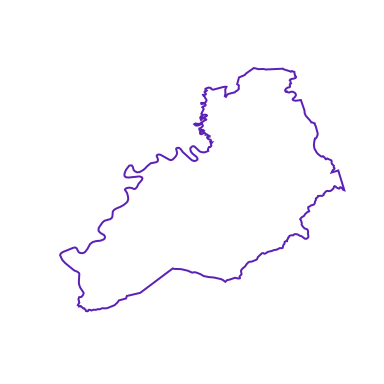 the district of Daule, Guayas, Ecuador, rotated 71°
{"feature_id": "8360857B15995512724159", "entity_name": "Daule", "entity_type": "district", "adm_level": 2, "iso_a3": "ECU", "parent_name": "Ecuador", "parent_adm1": "Guayas", "projection": "natural_earth1", "projection_center": [-79.945, -1.92], "detail": "fine", "context": "isolated", "style": "outline", "palette": "violet", "viewbox_px": 384, "rotation_deg": 71, "n_neighbors": 0, "source": "geoboundaries", "source_scale": "gbopen_adm2", "svg_char_len": 6011}
<svg xmlns="http://www.w3.org/2000/svg" viewBox="0 0 384 384"><g transform="rotate(71 192 192)"><path d="M239.9,47.4L219.3,46.7L219.0,53.6L217.0,51.5L216.6,50.1L216.0,49.5L214.7,49.9L213.3,49.3L211.2,50.5L209.8,50.5L208.4,49.9L207.4,50.0L204.3,53.3L204.7,54.3L204.5,54.9L202.4,55.5L200.8,56.5L201.0,57.4L200.3,58.4L197.5,60.3L195.5,61.2L190.7,62.1L187.4,61.5L183.4,59.6L182.6,58.9L182.1,58.9L181.5,58.4L181.6,57.4L180.9,56.4L178.8,54.6L177.6,54.1L169.8,53.6L168.3,53.9L167.1,53.6L165.2,55.9L165.1,56.5L162.6,57.2L156.9,59.6L154.1,59.8L151.5,59.1L140.5,59.1L139.5,64.2L138.3,66.3L137.3,66.7L136.7,66.3L135.8,63.9L134.6,62.4L133.3,62.0L132.0,62.3L130.0,64.0L129.5,65.7L129.5,68.1L128.7,69.1L127.8,69.5L128.1,70.4L127.2,70.9L126.2,70.9L125.2,69.9L124.4,67.8L124.7,65.6L124.4,65.1L122.4,64.6L122.3,64.2L121.6,63.9L121.5,63.0L120.2,63.1L119.0,62.8L118.2,63.2L117.7,62.7L117.5,60.8L118.0,58.9L117.8,58.1L117.9,57.1L117.3,56.2L116.7,56.1L115.7,56.9L114.9,56.5L114.1,56.6L111.7,56.1L111.1,57.2L110.2,58.0L110.5,59.4L110.0,59.7L105.7,65.6L105.0,65.9L100.2,82.3L98.9,84.5L97.5,89.1L94.9,93.2L97.5,102.2L98.6,104.2L99.0,110.3L104.8,114.2L106.5,113.0L108.9,114.0L109.7,114.1L110.7,115.9L111.2,118.3L111.7,118.9L111.1,125.8L111.5,127.0L113.1,129.0L112.1,129.8L109.7,128.3L105.9,127.2L103.8,125.2L103.2,126.5L102.8,129.4L102.2,138.2L101.8,139.3L100.9,140.1L99.6,140.5L99.1,141.8L98.7,142.1L98.6,144.5L98.9,145.8L99.8,145.9L100.9,145.0L101.1,145.2L101.1,147.2L101.5,147.6L103.8,146.9L104.3,147.5L104.3,148.1L103.8,149.9L104.8,149.8L106.1,149.0L107.7,148.9L108.9,148.4L110.1,148.4L111.3,149.5L111.9,151.0L110.9,153.8L110.9,154.4L111.9,154.4L112.3,152.0L112.9,150.9L114.0,150.7L114.6,151.1L114.9,154.4L115.3,154.7L116.5,154.0L117.5,154.0L121.1,157.7L121.8,157.5L122.8,156.3L123.0,154.7L123.9,153.1L124.6,153.0L125.0,153.6L125.4,156.3L124.8,157.5L123.7,158.1L123.4,158.9L124.5,160.1L126.9,160.0L126.7,159.4L125.4,158.8L125.0,158.2L126.2,157.5L126.2,156.8L126.9,155.7L128.1,155.0L128.4,155.4L128.5,156.9L130.1,162.9L129.1,165.2L128.3,166.4L128.6,167.8L130.2,167.0L131.0,165.3L131.0,162.3L130.1,160.8L130.5,160.2L133.0,160.2L134.2,162.3L134.3,164.4L135.6,164.8L136.4,164.4L136.2,163.1L136.7,162.2L136.8,161.4L138.0,160.7L138.7,162.0L137.6,162.4L137.6,163.9L138.1,163.5L138.5,165.1L139.5,165.3L139.9,165.1L140.4,164.5L140.3,162.7L139.8,161.1L141.2,160.1L142.3,160.6L142.7,158.9L143.3,158.7L144.8,157.1L145.4,157.3L145.0,159.7L145.4,160.0L147.3,159.4L148.7,157.4L150.2,157.3L150.3,158.4L151.3,158.4L151.7,158.0L151.8,157.1L152.8,158.6L154.4,158.6L154.8,158.9L155.4,160.0L155.0,161.2L156.0,162.4L157.3,163.2L158.4,163.2L158.6,164.7L158.6,167.4L157.4,170.0L156.0,171.6L149.8,174.8L149.0,176.2L149.0,177.1L150.0,179.2L151.1,179.7L153.3,179.9L155.8,179.1L160.2,176.3L162.0,175.9L162.8,176.1L163.3,176.7L163.7,178.3L163.5,179.7L162.2,181.5L160.9,182.4L151.2,187.7L147.9,188.7L146.3,189.7L145.6,190.8L145.5,191.9L145.9,192.9L150.4,193.4L152.0,194.6L153.2,196.0L155.0,199.6L155.0,201.5L154.4,202.6L146.6,209.6L145.6,211.5L145.6,212.4L145.7,212.9L146.4,213.7L150.0,213.5L151.7,214.4L152.1,215.5L152.1,216.7L151.4,221.7L153.1,226.2L154.3,228.3L155.3,230.7L156.1,235.2L155.5,237.5L153.9,239.2L152.2,240.0L148.7,239.8L147.3,240.3L146.8,241.6L146.7,242.9L149.5,247.1L151.7,249.2L153.5,250.2L154.8,250.5L156.0,250.1L156.7,249.4L157.7,247.2L160.0,237.2L160.4,236.2L161.8,234.6L163.0,234.4L163.6,234.9L164.3,235.5L166.8,239.8L169.7,242.8L170.5,244.7L170.2,246.0L168.6,247.7L167.5,249.8L167.1,251.7L167.2,253.7L167.9,254.6L168.4,254.6L171.9,253.7L175.5,254.0L177.9,254.6L179.8,255.9L180.9,257.7L182.1,261.1L182.7,264.5L182.9,268.4L183.5,271.5L184.8,273.3L189.2,275.2L190.6,276.6L191.0,278.2L190.7,284.1L191.6,286.4L194.5,290.5L195.9,292.1L197.6,292.8L198.7,292.9L200.9,291.9L204.2,289.1L206.0,288.8L207.6,289.8L208.1,291.0L208.2,294.5L207.2,298.8L207.0,302.1L208.0,305.3L211.7,309.3L213.8,312.4L214.2,313.7L214.2,315.4L213.6,316.9L212.8,318.1L211.7,318.8L207.8,319.4L206.9,319.9L206.3,320.9L206.1,322.5L206.7,333.7L207.5,336.2L208.8,337.3L213.9,336.8L218.0,335.0L227.7,329.0L230.1,326.3L231.9,325.2L232.7,325.2L239.8,328.1L242.1,328.8L244.7,328.9L246.6,328.7L251.8,327.3L252.7,327.6L253.7,328.3L255.1,330.5L255.2,331.2L254.7,333.0L256.4,334.3L258.1,334.3L259.0,334.7L260.0,334.6L261.8,336.8L262.5,336.3L263.5,336.1L263.3,335.1L263.6,334.3L264.5,334.2L265.4,333.2L266.3,333.0L267.0,331.7L267.7,331.8L268.5,331.0L270.0,331.0L270.7,329.9L270.6,328.8L269.8,328.2L269.9,327.5L270.5,326.4L271.3,325.7L271.3,323.1L272.0,321.7L272.2,320.1L272.1,319.0L272.8,317.9L272.7,314.7L274.0,311.3L274.2,309.6L273.8,302.0L272.0,298.1L270.7,296.4L271.2,289.0L269.1,287.5L270.5,273.8L258.0,235.1L258.8,234.1L261.4,227.4L265.2,221.4L268.3,218.1L268.6,215.9L269.6,214.1L272.6,210.6L275.3,208.3L277.9,203.8L280.1,198.9L283.9,192.8L285.6,191.2L287.8,189.8L286.8,187.7L287.1,184.6L287.1,179.3L289.0,176.2L289.1,174.8L287.3,174.5L286.1,172.2L285.7,171.9L282.6,171.4L281.5,170.4L280.5,168.5L279.8,166.2L277.9,163.7L276.9,161.7L276.7,160.5L277.3,157.7L276.9,152.6L275.0,150.9L272.7,145.9L272.9,144.7L273.9,143.6L274.1,142.8L273.3,139.8L273.7,135.9L273.6,133.2L274.1,130.6L273.6,127.2L274.4,125.3L274.3,124.4L272.0,123.0L271.0,121.4L269.4,120.7L269.0,119.3L269.4,118.1L268.0,117.5L267.3,116.3L266.4,115.9L266.1,114.9L265.2,114.1L265.3,111.8L265.9,110.4L265.4,109.4L265.3,108.5L265.8,107.2L266.8,105.6L268.2,104.6L269.6,102.7L272.8,100.6L273.5,99.1L273.1,97.7L272.7,96.9L271.7,96.3L268.7,95.9L267.6,95.2L266.1,95.0L264.9,95.2L263.0,97.5L260.9,98.4L258.7,99.0L257.2,98.3L254.1,98.2L252.9,98.6L251.7,96.7L251.0,93.7L249.7,92.2L249.3,91.3L248.5,89.1L248.4,87.5L245.5,87.5L244.1,87.0L243.9,85.2L243.4,83.7L243.6,81.0L242.6,79.5L241.3,79.0L239.8,77.4L238.4,77.0L237.9,75.0L236.8,74.2L237.5,71.4L238.0,70.6L238.0,69.8L237.5,68.3L236.6,68.1L236.3,67.2L235.1,65.4L234.9,63.9L236.0,61.6L236.0,60.2L234.8,57.2L233.2,56.0L232.9,55.2L233.8,54.3L234.7,54.0L236.6,52.1L236.7,51.5L235.8,50.5L235.9,49.8L237.7,48.7L239.1,48.4L239.9,47.4Z" fill="none" stroke="#5b21b6" stroke-width="2"/></g></svg>